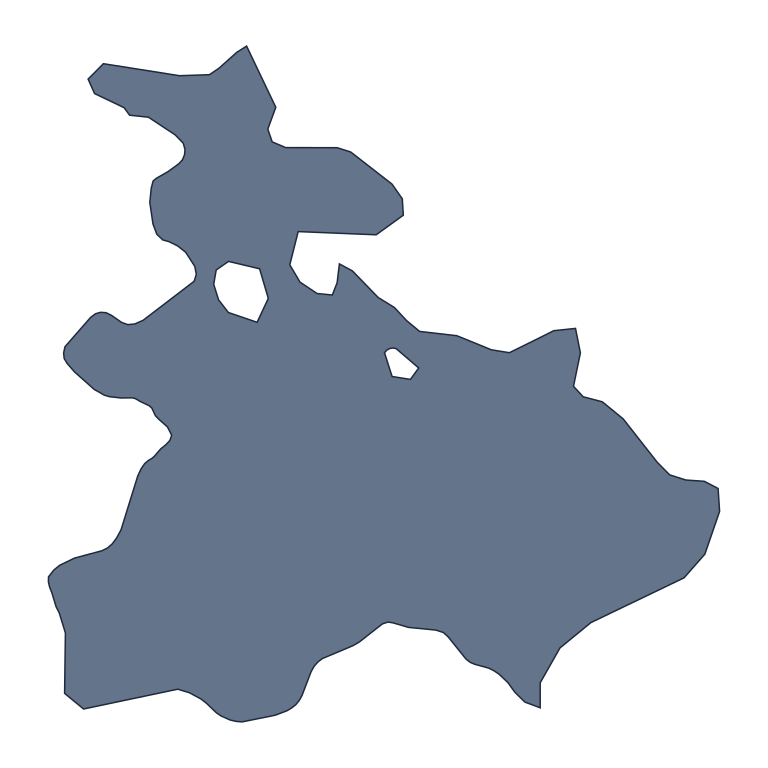 the Province of Tavush
{"feature_id": "ARM-1670", "entity_name": "Tavush", "entity_type": "Province", "adm_level": 1, "iso_a3": "ARM", "parent_name": "Armenia", "parent_adm1": "", "projection": "equal_earth", "projection_center": [45.046, 40.964], "detail": "fine", "context": "isolated", "style": "filled", "palette": "slate", "viewbox_px": 768, "rotation_deg": 0, "n_neighbors": 0, "source": "natural_earth", "source_scale": "10m", "svg_char_len": 2371}
<svg xmlns="http://www.w3.org/2000/svg" viewBox="0 0 768 768"><path d="M179.5,75.7L209.4,74.7L219.0,68.2L236.8,52.3L246.6,46.1L275.8,107.3L267.8,129.1L272.2,141.9L285.7,147.6L337.2,147.7L350.7,152.0L392.0,184.1L402.3,198.8L403.3,215.2L376.2,234.8L298.2,231.6L289.8,264.8L300.0,282.1L317.0,293.5L332.3,295.0L337.1,282.8L339.4,263.9L352.4,270.9L378.2,297.5L394.4,307.5L406.6,320.6L419.6,331.4L456.8,335.7L491.4,349.8L509.4,352.7L546.2,334.5L553.7,330.7L575.5,328.4L580.4,352.9L573.5,386.3L583.2,396.8L594.4,399.7L602.3,401.8L623.2,418.9L657.1,462.1L669.6,474.8L685.7,480.0L704.3,481.3L718.1,488.5L719.6,511.4L704.9,554.1L684.1,577.8L622.9,607.2L590.9,622.6L560.0,647.9L540.2,682.8L540.2,707.8L540.0,707.7L524.9,702.1L514.9,692.3L507.8,682.5L498.8,674.0L493.7,670.6L488.7,668.1L474.8,664.3L470.3,662.4L466.1,659.2L448.0,636.7L443.3,632.5L435.9,630.1L408.5,627.4L392.8,622.8L387.9,622.1L382.4,623.9L359.3,642.0L352.7,645.8L322.3,658.6L318.0,661.9L314.2,666.2L311.2,671.5L301.8,696.0L299.0,700.8L295.7,704.8L291.6,708.0L286.9,710.8L275.3,715.2L242.1,721.9L236.1,721.4L230.1,720.0L221.1,716.0L216.3,712.7L206.5,703.3L201.0,699.0L189.3,692.7L177.7,689.2L83.6,709.0L64.6,693.4L65.4,632.9L59.2,612.8L56.1,606.8L52.0,593.2L49.6,587.0L48.4,581.9L48.5,576.8L54.0,569.9L59.8,565.2L74.7,558.0L101.7,550.8L107.3,548.1L112.2,543.9L116.6,538.0L121.0,529.9L137.7,476.1L141.0,469.0L144.6,463.7L148.4,460.4L151.9,458.4L154.4,456.2L160.9,448.7L165.8,444.8L169.9,440.4L171.7,435.2L167.4,426.9L158.4,418.9L155.4,415.7L151.9,408.2L149.3,405.8L139.9,401.3L137.5,399.8L134.8,398.4L132.0,397.8L121.1,398.0L109.6,396.7L104.4,395.2L94.3,389.5L74.6,372.0L67.1,363.4L64.2,358.5L63.6,353.0L65.0,346.7L90.7,317.3L95.6,313.7L100.6,312.3L106.1,312.7L111.4,315.3L121.6,322.4L127.8,324.6L134.7,324.0L143.1,320.3L194.2,281.2L196.3,274.4L194.8,266.4L185.7,252.3L177.6,245.9L169.1,241.7L162.7,239.9L156.8,234.2L153.0,224.1L149.8,202.4L151.2,188.4L153.1,181.0L156.6,178.1L167.9,171.7L178.9,163.7L182.5,159.7L184.5,154.8L185.0,149.6L183.3,143.3L175.2,134.9L148.4,117.2L129.6,115.2L124.1,107.7L94.6,93.6L88.1,79.1L103.4,63.7L179.5,75.7ZM257.1,322.3L268.3,298.4L259.6,268.8L228.5,261.4L216.2,270.0L213.7,284.3L218.6,299.9L228.4,312.5L257.1,322.3ZM410.4,379.4L418.7,368.0L396.1,348.6L392.9,348.0L389.8,348.5L387.0,350.0L384.5,352.7L392.1,376.5L410.4,379.4Z" fill="#64748b" stroke="#1e293b" stroke-width="1.5"/></svg>